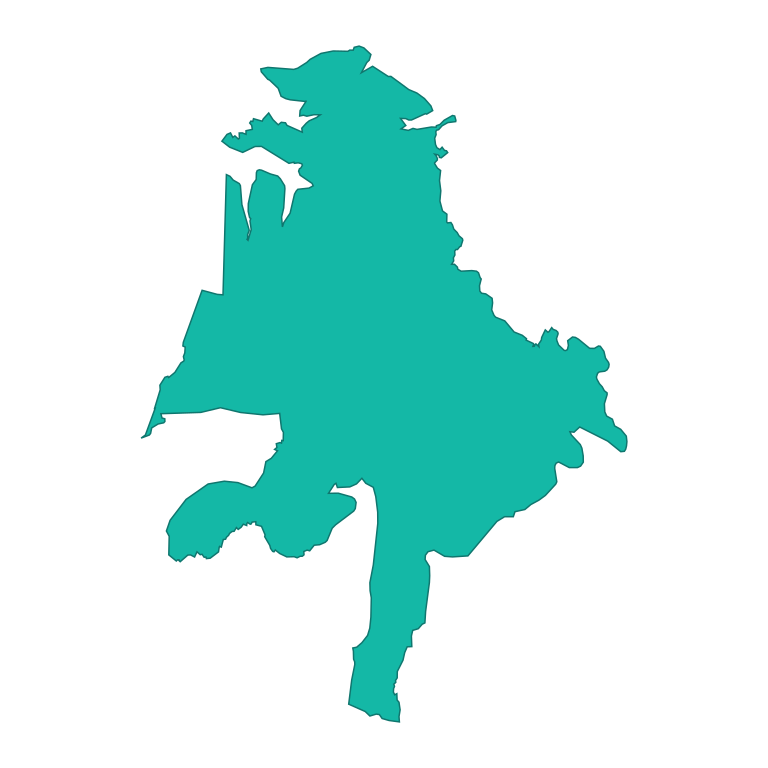 Tarandacuao, Guanajuato, Mexico (Equal Earth projection)
{"feature_id": "50627088B84371982021129", "entity_name": "Tarandacuao", "entity_type": "district", "adm_level": 2, "iso_a3": "MEX", "parent_name": "Mexico", "parent_adm1": "Guanajuato", "projection": "equal_earth", "projection_center": [-100.532, 19.999], "detail": "fine", "context": "isolated", "style": "filled", "palette": "teal", "viewbox_px": 768, "rotation_deg": 0, "n_neighbors": 0, "source": "geoboundaries", "source_scale": "gbopen_adm2", "svg_char_len": 6101}
<svg xmlns="http://www.w3.org/2000/svg" viewBox="0 0 768 768"><path d="M481.2,279.0L480.1,277.6L478.5,272.8L476.5,271.2L471.8,270.6L461.1,271.2L457.8,269.2L457.4,267.1L454.5,264.3L451.6,264.3L453.7,260.9L453.4,257.8L454.9,255.0L454.7,251.1L455.9,249.5L457.5,249.5L459.7,246.7L460.9,246.3L462.8,240.2L462.4,238.7L459.0,235.8L457.2,232.6L453.8,229.1L452.4,224.8L450.9,222.5L447.5,222.9L446.7,221.9L446.9,214.2L442.5,210.9L439.9,201.0L440.8,190.8L439.5,180.5L440.6,170.5L437.4,168.1L434.7,163.7L434.6,162.9L437.3,160.0L437.4,158.6L436.2,155.8L434.8,154.2L437.9,154.8L439.2,155.9L439.4,157.4L441.3,157.8L447.7,152.6L446.5,150.8L444.5,150.4L442.1,147.2L439.9,149.6L436.9,147.7L435.5,144.5L434.7,138.2L436.1,134.7L435.8,131.6L436.6,130.2L438.6,129.7L442.1,125.8L447.8,122.6L455.7,121.6L455.9,120.3L454.7,116.0L452.5,115.5L444.2,120.2L439.9,124.5L436.4,125.7L436.1,127.2L431.4,127.0L417.0,129.4L413.0,128.4L408.3,130.4L401.0,128.9L405.8,125.5L400.5,118.4L405.8,118.6L408.8,120.0L411.5,120.0L425.3,113.7L426.7,114.1L432.7,110.6L430.9,105.9L424.5,98.6L417.0,93.1L408.8,89.6L390.9,76.4L388.3,76.5L372.6,66.3L361.4,72.7L366.8,62.5L369.2,60.2L370.9,54.5L363.9,47.9L359.1,46.1L354.2,47.3L353.2,50.2L349.8,50.1L347.9,51.3L333.2,51.0L321.0,53.4L310.2,59.3L306.7,62.5L297.7,68.2L293.8,69.4L267.9,67.4L260.8,68.9L261.3,71.8L267.8,79.3L269.6,80.1L278.2,88.3L281.1,96.3L285.9,98.7L290.2,99.8L305.6,101.5L306.5,100.6L300.1,110.5L299.7,116.0L303.4,115.2L306.8,116.2L314.0,114.7L320.3,114.8L316.6,117.5L309.2,120.8L306.3,123.2L301.8,128.2L302.3,132.2L287.0,125.4L285.5,122.8L281.3,122.3L278.2,124.8L273.0,119.7L268.7,113.0L263.3,118.9L262.2,121.2L253.5,118.7L252.8,121.5L250.9,121.1L249.7,123.0L251.7,125.4L252.3,129.4L246.0,130.7L246.0,134.3L242.3,132.9L239.2,133.0L239.4,138.2L238.3,139.0L234.9,135.9L232.8,137.4L230.5,132.9L227.0,134.4L221.9,141.2L229.7,147.2L242.7,152.4L255.0,146.5L261.5,146.4L288.9,163.3L294.0,162.2L294.3,163.3L298.2,162.8L301.7,163.7L302.4,165.2L300.9,167.9L299.4,168.9L298.6,171.2L300.1,175.2L312.1,183.4L313.2,185.8L309.0,188.1L297.8,189.3L296.2,191.1L294.5,194.2L290.1,213.2L283.8,222.6L282.4,226.9L281.6,217.0L283.7,208.0L284.9,188.7L284.6,185.7L280.4,178.9L277.7,176.0L270.5,174.0L261.6,170.2L259.3,169.8L257.2,170.6L256.4,172.7L256.2,179.5L252.4,184.7L248.3,203.6L248.2,211.4L249.6,217.6L250.7,218.6L250.0,221.0L251.2,229.5L248.0,240.3L247.0,239.3L247.7,238.4L247.6,234.7L249.2,230.3L241.9,204.6L240.4,185.6L239.3,183.6L233.2,180.1L230.0,176.3L226.4,174.6L223.0,294.8L217.3,294.4L202.1,290.3L183.3,342.3L182.9,346.0L185.2,347.1L184.8,352.9L183.4,356.6L184.2,360.0L183.7,361.1L180.9,362.9L174.9,372.4L169.1,377.2L168.6,377.5L167.9,376.3L164.9,377.3L159.9,385.2L160.2,389.8L154.6,408.3L155.2,408.2L145.4,435.0L141.1,438.1L149.4,435.0L150.6,433.4L151.7,427.9L158.1,424.0L163.7,422.8L164.9,421.5L164.8,418.8L162.0,418.0L160.9,413.7L200.8,412.4L220.4,407.7L240.6,412.5L263.0,414.8L279.7,413.4L281.5,428.8L283.4,432.3L283.2,440.6L281.8,440.4L281.5,443.1L279.9,442.6L276.3,443.7L276.9,447.5L274.6,449.4L277.5,450.8L271.3,458.3L265.9,461.6L263.6,473.0L255.1,486.1L252.0,487.8L237.9,482.6L224.3,481.2L208.1,484.0L186.1,499.4L170.1,520.3L166.4,531.0L169.2,536.3L168.8,554.9L176.3,561.0L177.6,559.8L179.7,559.8L178.7,560.3L180.2,561.7L187.8,555.1L190.5,554.9L194.6,557.0L197.0,551.8L200.2,554.7L202.1,554.3L204.1,557.2L206.0,557.1L206.4,558.6L210.2,558.2L218.5,551.9L219.2,547.2L219.6,546.4L221.3,547.1L223.3,539.5L225.6,539.2L226.4,537.3L228.6,535.3L229.5,533.5L232.0,531.5L234.1,531.3L236.4,527.6L238.2,529.4L241.2,527.2L243.3,524.2L246.7,525.5L246.8,523.6L247.6,522.5L250.2,524.2L251.2,523.9L252.1,522.1L255.8,521.7L255.9,524.8L261.5,526.3L265.1,534.9L264.7,536.7L269.8,545.4L270.6,548.5L272.7,551.4L274.0,551.8L275.3,550.0L279.7,553.5L286.8,556.9L294.2,556.7L297.1,557.8L300.1,556.3L302.4,556.2L304.0,554.8L303.8,551.5L307.1,550.1L309.7,550.8L314.2,545.2L319.7,544.7L325.2,542.3L327.1,540.5L332.2,528.2L335.6,524.8L353.7,511.1L355.3,508.6L356.1,502.4L354.5,499.0L351.8,497.0L338.3,493.2L328.5,493.3L334.2,484.5L336.0,483.3L337.4,487.5L349.8,486.9L356.5,483.9L361.9,478.3L365.8,483.3L373.3,487.3L375.8,496.7L377.7,512.2L377.8,523.3L373.3,565.0L369.9,582.7L370.1,590.7L371.3,597.8L370.9,617.2L369.8,628.1L367.6,635.4L361.9,642.7L356.7,647.2L352.8,648.0L353.4,651.2L353.6,659.2L354.7,661.8L354.8,664.5L351.7,680.0L348.7,704.2L365.2,711.5L369.9,716.0L376.3,714.1L379.4,714.6L382.1,718.5L389.1,720.5L399.4,721.9L399.0,716.6L400.1,709.8L399.0,702.3L397.1,700.0L396.8,693.7L394.7,694.8L393.4,692.1L393.6,688.5L394.5,686.4L393.8,684.2L395.8,682.3L395.5,680.5L397.2,677.9L397.3,671.5L403.0,660.2L404.7,652.6L407.2,646.8L411.8,646.6L411.4,636.0L412.7,630.4L418.3,628.7L422.2,624.2L424.9,622.9L425.6,611.5L429.4,582.5L429.7,575.7L429.4,566.5L425.1,559.5L425.4,555.2L428.0,551.7L434.0,550.1L444.6,556.3L452.5,556.9L467.9,555.9L496.9,521.4L504.6,516.7L513.3,516.7L515.0,511.7L524.9,509.5L530.9,504.5L539.0,500.1L545.4,495.4L555.7,484.2L556.8,481.8L554.7,468.3L554.9,465.6L556.2,463.1L558.6,462.0L569.3,467.6L577.4,467.6L580.6,466.1L583.3,462.2L583.2,455.9L581.9,448.2L580.3,444.6L571.4,435.0L569.9,431.7L574.0,432.2L579.7,427.0L607.7,441.1L620.8,451.7L624.4,451.3L625.7,449.2L626.5,445.9L626.9,441.6L626.3,436.1L620.7,429.3L614.6,425.9L612.4,419.2L606.7,416.1L604.8,411.9L604.4,403.7L607.1,394.7L607.1,392.9L604.3,390.7L602.2,386.8L599.4,383.7L596.9,379.2L596.4,377.0L597.6,373.3L599.3,371.9L604.8,371.2L607.1,369.8L608.7,367.1L609.1,364.3L608.5,362.4L605.5,358.1L603.9,351.3L600.3,346.3L598.5,346.0L594.4,348.4L589.6,348.3L578.5,339.2L575.4,337.4L572.5,337.0L567.7,340.7L568.4,345.5L567.4,349.6L565.7,350.6L564.2,350.4L558.6,345.0L557.0,341.0L556.5,338.6L558.1,333.8L557.8,332.2L556.1,330.5L553.2,329.4L551.7,327.6L549.0,331.6L547.9,332.2L545.3,329.9L541.7,337.4L541.3,340.1L538.5,344.3L538.9,346.7L535.9,343.9L535.1,344.3L534.3,346.3L532.9,346.4L533.6,344.7L533.3,343.5L526.1,340.1L526.5,338.7L522.3,335.3L514.1,332.0L504.8,320.9L495.6,317.2L494.0,315.3L491.7,309.9L492.6,302.9L492.1,298.3L485.8,293.9L481.5,293.2L479.8,291.0L479.5,285.7L481.2,279.0Z" fill="#14b8a6" stroke="#0f766e" stroke-width="1.5"/></svg>